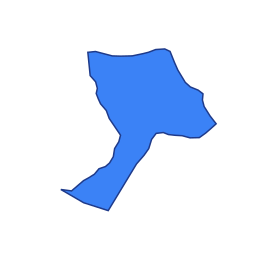 outline of Coqueiro Seco, Alagoas, Brazil, rotated 301°
{"feature_id": "56859067B38528567651193", "entity_name": "Coqueiro Seco", "entity_type": "district", "adm_level": 2, "iso_a3": "BRA", "parent_name": "Brazil", "parent_adm1": "Alagoas", "projection": "mercator", "projection_center": [-35.809, -9.641], "detail": "fine", "context": "isolated", "style": "filled", "palette": "blue", "viewbox_px": 256, "rotation_deg": 301, "n_neighbors": 0, "source": "geoboundaries", "source_scale": "gbopen_adm2", "svg_char_len": 833}
<svg xmlns="http://www.w3.org/2000/svg" viewBox="0 0 256 256"><g transform="rotate(301 128 128)"><path d="M177.0,201.4L180.6,192.1L185.6,182.2L190.3,177.4L195.9,174.7L196.6,168.7L195.3,160.3L196.6,153.6L203.3,140.9L208.1,134.1L211.9,129.1L215.3,124.6L214.7,118.8L209.5,111.3L203.5,106.6L199.4,102.5L192.0,94.5L185.8,84.7L181.7,77.4L176.8,60.7L172.2,54.6L153.4,68.6L150.9,76.5L146.2,81.3L141.2,83.0L137.7,87.5L134.6,92.0L131.8,100.4L126.5,107.0L118.0,125.3L111.5,127.2L103.5,127.1L95.8,130.2L88.5,130.2L83.3,128.5L78.1,124.1L71.1,123.0L65.0,119.9L60.0,117.0L45.0,112.0L40.7,102.1L41.1,128.5L47.0,153.6L101.6,153.8L112.9,155.8L121.0,156.4L130.4,154.1L137.9,154.9L142.3,160.6L143.2,166.0L146.0,172.1L149.3,178.4L151.5,186.2L156.5,194.1L163.7,197.2L169.5,199.1L177.0,201.4Z" fill="#3b82f6" stroke="#1e3a8a" stroke-width="1.5"/></g></svg>